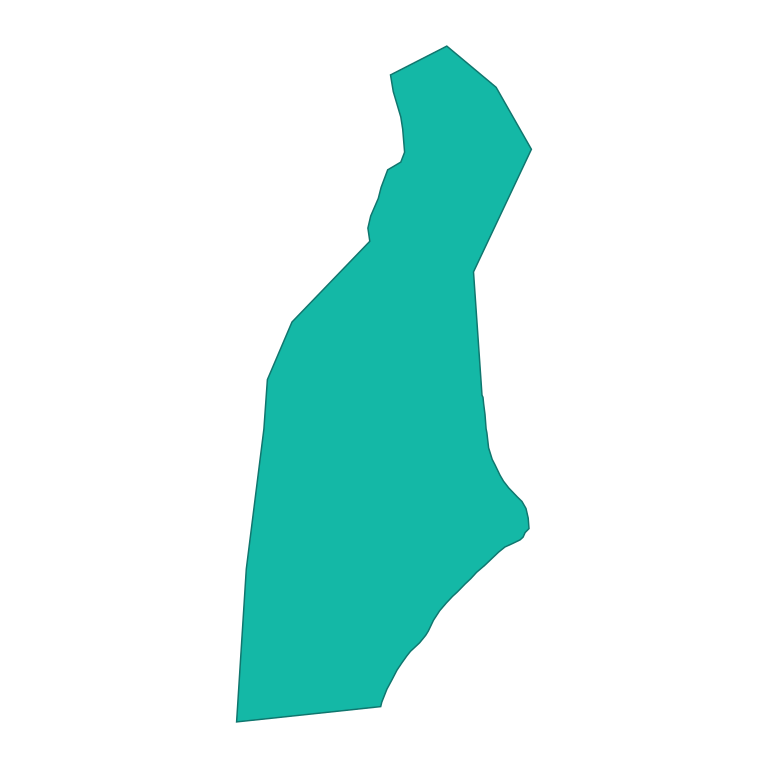 outline of Bishop'S Gap/Ghirawoo Road, Castries, Saint Lucia
{"feature_id": "8701671B64130059422641", "entity_name": "Bishop'S Gap/Ghirawoo Road", "entity_type": "district", "adm_level": 2, "iso_a3": "LCA", "parent_name": "Saint Lucia", "parent_adm1": "Castries", "projection": "natural_earth1", "projection_center": [-60.984, 14.001], "detail": "fine", "context": "isolated", "style": "filled", "palette": "teal", "viewbox_px": 768, "rotation_deg": 0, "n_neighbors": 0, "source": "geoboundaries", "source_scale": "gbopen_adm2", "svg_char_len": 920}
<svg xmlns="http://www.w3.org/2000/svg" viewBox="0 0 768 768"><path d="M531.4,149.3L496.1,87.3L446.8,46.1L390.5,74.9L393.3,91.7L400.8,117.0L402.7,129.1L404.6,152.2L400.8,162.1L387.7,169.8L381.1,187.4L378.3,198.4L370.7,216.0L367.9,228.1L369.8,241.3L292.0,322.0L267.4,379.6L263.9,429.0L246.3,569.0L236.6,721.9L380.7,706.6L381.8,702.1L386.9,689.2L391.7,680.3L397.0,670.1L401.9,662.8L406.9,655.8L410.5,651.3L419.6,642.8L425.7,635.3L428.3,631.1L433.5,620.2L439.7,610.7L446.3,603.0L452.5,596.4L457.4,591.9L465.0,584.1L470.9,578.5L476.6,572.3L485.1,565.0L492.1,558.3L498.5,552.2L504.9,547.0L512.8,543.4L520.2,539.8L523.1,537.1L525.1,532.6L529.0,528.6L528.2,518.1L526.0,508.5L522.0,501.5L517.0,496.6L508.7,487.9L503.5,481.2L500.0,475.2L494.9,464.6L492.2,459.4L488.6,447.8L486.9,432.9L486.1,428.9L485.0,414.4L483.6,403.5L483.0,397.3L482.0,395.2L473.5,271.9L531.4,149.3Z" fill="#14b8a6" stroke="#0f766e" stroke-width="1.5"/></svg>